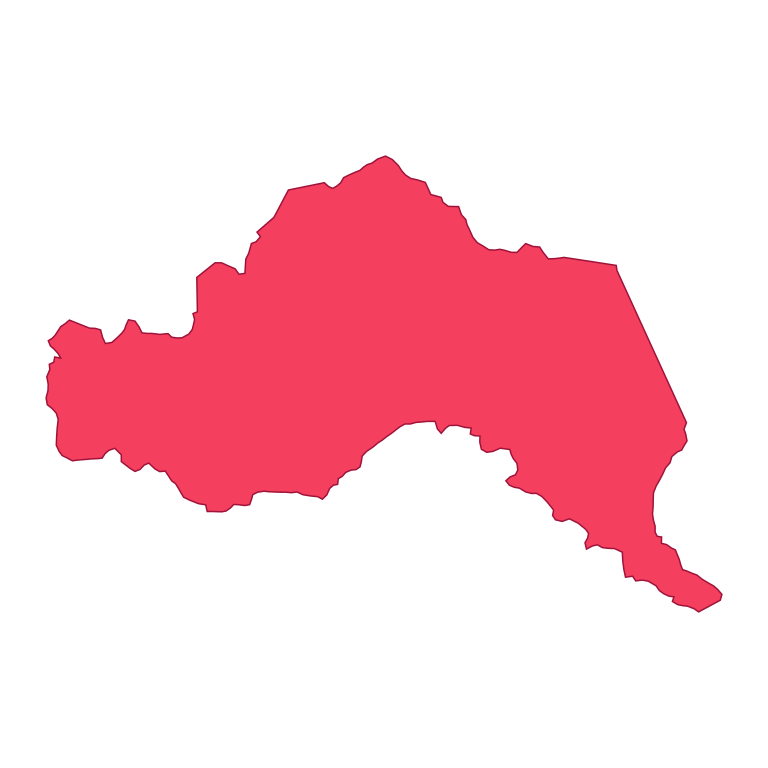 Calmon, Santa Catarina, Brazil (Mercator projection)
{"feature_id": "56859067B66018065458430", "entity_name": "Calmon", "entity_type": "district", "adm_level": 2, "iso_a3": "BRA", "parent_name": "Brazil", "parent_adm1": "Santa Catarina", "projection": "mercator", "projection_center": [-51.016, -26.631], "detail": "fine", "context": "isolated", "style": "filled", "palette": "rose", "viewbox_px": 768, "rotation_deg": 0, "n_neighbors": 0, "source": "geoboundaries", "source_scale": "gbopen_adm2", "svg_char_len": 3827}
<svg xmlns="http://www.w3.org/2000/svg" viewBox="0 0 768 768"><path d="M46.8,376.8L48.2,384.1L48.0,390.6L46.1,397.9L47.3,404.7L52.3,408.7L56.3,413.2L58.2,419.5L57.2,428.0L56.6,437.0L56.3,445.3L59.1,451.3L62.1,455.5L67.0,457.9L72.4,460.8L77.3,460.1L83.8,459.6L91.3,458.9L98.0,458.6L102.2,458.1L105.0,453.7L108.9,450.3L114.8,448.3L121.3,454.8L121.3,461.6L125.2,464.6L130.4,468.6L135.0,471.4L140.1,469.4L144.1,465.1L148.8,463.1L154.8,468.8L159.7,471.6L165.3,471.1L168.8,476.4L171.7,480.9L175.5,483.6L178.3,488.1L181.1,493.0L183.6,497.2L190.2,500.4L198.6,503.7L205.7,504.8L207.2,511.5L212.5,511.5L217.4,511.7L221.9,511.8L226.1,511.0L230.5,507.9L233.7,504.5L238.3,504.7L244.8,505.5L249.6,504.7L251.4,499.7L252.8,494.6L257.6,492.2L264.0,491.2L268.6,491.7L275.1,492.0L281.2,492.2L285.6,492.2L291.2,492.7L297.1,492.0L302.9,494.7L310.1,495.9L317.8,496.7L322.4,499.2L326.8,494.9L329.7,488.4L333.4,485.2L337.6,484.4L338.3,478.7L342.2,476.4L345.7,472.4L351.1,470.1L356.0,469.6L360.0,466.9L361.3,461.8L362.2,456.0L366.7,451.3L372.9,447.1L377.8,443.0L382.3,440.1L386.4,436.8L391.5,433.3L396.7,429.2L400.2,426.6L404.9,424.0L410.2,424.0L416.0,422.4L422.3,421.9L427.2,421.4L435.2,421.4L437.4,428.9L441.2,433.3L445.6,428.2L449.3,425.5L457.4,425.3L464.9,427.4L471.2,428.0L470.3,434.0L474.4,435.7L480.0,436.0L479.8,442.2L481.4,449.3L486.8,452.3L492.9,451.4L500.3,448.2L509.8,449.5L511.2,454.3L513.3,458.6L517.0,463.4L517.8,470.1L515.4,474.8L510.1,476.9L505.9,480.8L509.4,485.2L514.3,487.3L519.3,488.1L525.6,491.9L531.8,493.5L536.3,493.3L541.8,496.4L547.1,501.9L553.6,510.0L552.6,515.5L555.5,519.8L562.2,521.4L569.4,518.8L578.2,523.2L585.9,529.5L588.6,533.5L587.6,538.1L585.0,542.8L586.5,549.1L592.3,546.0L597.4,544.8L602.3,547.6L608.1,548.3L614.6,548.6L622.3,552.2L622.8,561.3L623.9,569.6L625.5,577.2L632.6,576.2L635.7,580.9L642.3,580.1L648.3,581.2L656.2,585.9L659.3,590.5L663.5,593.6L669.0,596.2L673.9,596.8L672.4,601.5L677.9,604.7L682.5,605.6L687.5,606.2L694.3,608.8L698.6,611.9L720.3,600.2L721.9,594.4L717.7,589.5L713.8,586.1L708.4,583.0L701.9,579.1L697.0,575.1L691.6,573.1L687.3,571.2L682.5,569.6L680.7,564.7L679.1,559.0L677.2,554.5L675.4,549.9L671.4,548.0L666.6,544.6L661.4,543.3L661.6,537.0L657.2,536.3L655.1,532.1L655.1,526.1L653.5,520.4L652.5,514.2L653.1,506.5L653.2,499.7L653.5,492.7L656.2,485.9L659.8,479.7L663.0,473.5L665.6,467.8L670.0,462.8L671.9,456.5L677.5,451.8L681.6,450.1L684.0,445.8L687.0,440.9L685.6,433.6L684.0,429.2L686.5,422.7L617.0,270.6L616.2,265.4L591.6,261.6L563.9,257.4L559.4,258.1L555.0,258.6L548.3,258.9L543.3,252.6L539.6,247.0L533.1,246.5L525.7,243.6L521.5,247.7L517.0,252.4L511.2,252.3L504.7,250.3L499.8,249.3L494.9,250.1L488.9,249.8L482.8,245.9L477.3,242.7L472.8,237.2L469.5,229.7L467.0,224.6L465.8,219.6L461.4,214.7L458.6,206.6L448.4,206.4L443.0,202.4L441.3,197.5L437.0,196.2L430.9,194.6L428.5,189.4L425.3,182.4L417.8,180.0L410.7,178.4L405.6,175.1L401.8,170.9L398.3,165.5L392.4,159.6L385.5,156.1L377.6,159.0L372.0,163.1L367.3,164.6L363.6,167.1L359.9,170.4L354.1,172.7L348.1,175.4L343.6,177.7L340.6,182.9L336.6,186.2L332.7,188.4L328.5,186.5L324.3,182.7L288.4,190.0L274.0,217.3L257.0,232.1L260.4,236.7L256.1,241.8L251.4,243.5L250.0,248.8L248.6,253.5L245.8,259.1L245.4,265.6L244.9,273.4L239.0,274.2L235.1,268.8L227.9,265.7L221.6,262.8L215.1,262.8L196.8,277.4L197.4,311.8L193.0,313.6L194.6,319.6L193.5,324.5L192.3,329.4L188.8,334.1L182.0,337.8L177.2,338.0L171.7,337.2L168.0,333.6L159.9,334.4L151.5,333.4L147.1,333.4L142.0,332.9L139.0,326.9L135.0,321.1L128.5,319.8L126.1,325.0L124.6,329.4L121.9,333.1L116.6,338.3L111.7,342.5L105.4,343.5L102.6,337.5L100.6,329.9L95.4,328.4L89.4,328.1L69.4,320.1L65.1,323.7L60.8,326.6L57.7,331.3L55.2,335.2L52.1,338.4L48.3,340.7L50.4,345.9L54.2,349.2L58.2,353.7L60.7,358.1L54.7,357.0L53.8,362.2L49.3,364.3L49.8,369.5L46.8,376.8Z" fill="#f43f5e" stroke="#9f1239" stroke-width="1.5"/></svg>